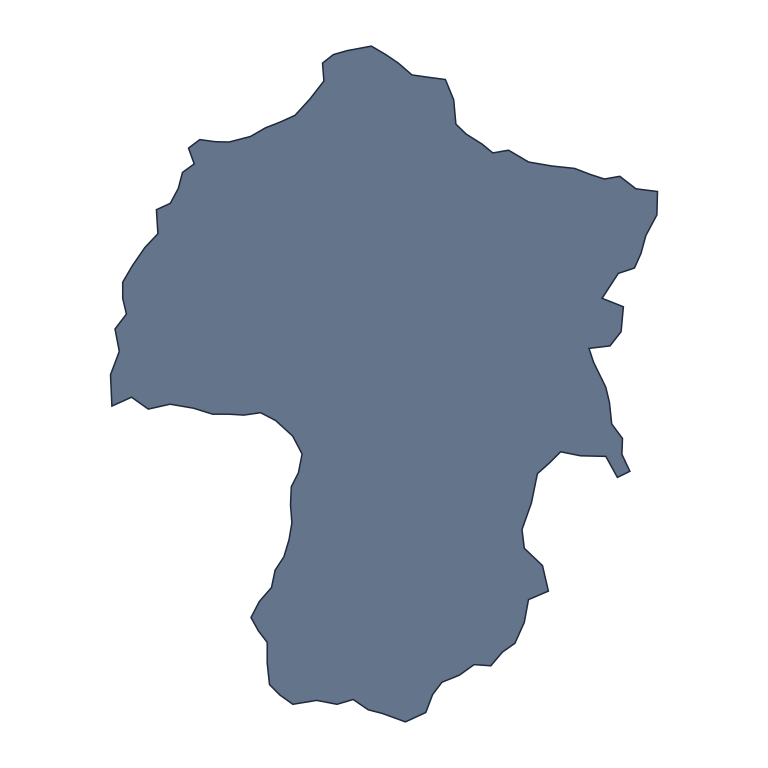 Caiana, Minas Gerais, Brazil (orthographic projection)
{"feature_id": "56859067B54164523766538", "entity_name": "Caiana", "entity_type": "district", "adm_level": 2, "iso_a3": "BRA", "parent_name": "Brazil", "parent_adm1": "Minas Gerais", "projection": "orthographic", "projection_center": [-41.908, -20.729], "detail": "fine", "context": "isolated", "style": "filled", "palette": "slate", "viewbox_px": 768, "rotation_deg": 0, "n_neighbors": 0, "source": "geoboundaries", "source_scale": "gbopen_adm2", "svg_char_len": 1560}
<svg xmlns="http://www.w3.org/2000/svg" viewBox="0 0 768 768"><path d="M657.5,191.5L635.9,188.8L619.8,176.3L604.4,179.0L590.5,174.5L574.6,168.4L551.9,166.0L528.6,162.0L508.5,150.2L492.8,152.9L482.1,144.1L466.2,134.1L455.9,124.1L453.7,99.8L445.4,79.5L428.7,77.3L411.9,74.9L398.3,63.1L385.8,54.6L371.3,46.1L347.2,50.6L333.3,54.6L322.5,63.1L323.9,81.0L310.0,98.9L295.0,115.3L279.6,122.3L265.7,127.7L250.4,136.5L229.1,142.0L215.2,141.7L199.8,139.6L188.5,148.1L194.2,163.9L182.5,172.4L178.3,188.4L170.3,203.3L156.4,209.7L157.9,233.7L144.8,247.6L132.3,265.8L122.7,282.2L122.7,298.3L126.4,314.1L115.0,329.0L119.3,351.4L110.5,374.8L111.9,406.1L131.5,397.2L148.3,409.1L170.1,404.2L193.4,408.2L212.7,414.2L229.1,414.2L243.9,415.1L260.6,412.7L275.7,420.6L292.7,436.1L302.1,454.0L298.4,472.8L291.3,486.7L290.5,504.9L291.9,522.8L289.0,539.8L283.9,556.8L275.1,570.2L271.5,587.5L259.3,601.5L251.0,617.5L258.4,630.9L267.2,642.4L267.2,663.1L269.5,684.6L279.7,694.9L292.8,704.3L316.6,700.4L337.0,704.3L353.2,699.5L368.2,709.8L382.1,713.4L405.4,721.9L425.8,712.5L432.6,694.6L442.0,682.2L459.3,675.2L474.1,664.6L490.8,665.8L502.4,652.1L514.9,643.3L524.3,622.4L528.5,599.6L548.4,591.1L542.5,565.6L524.3,548.3L522.0,529.5L531.4,503.1L537.4,473.7L549.6,462.8L560.6,451.8L580.5,455.8L605.8,456.4L617.4,477.4L629.9,471.3L621.9,454.3L622.5,438.5L611.7,423.9L609.5,402.7L605.8,387.2L593.6,362.3L589.0,348.4L610.0,345.9L621.1,331.7L623.4,306.8L602.1,298.3L618.3,273.4L634.5,268.0L641.0,253.4L645.9,235.5L656.9,214.9L657.5,191.5Z" fill="#64748b" stroke="#1e293b" stroke-width="1.5"/></svg>